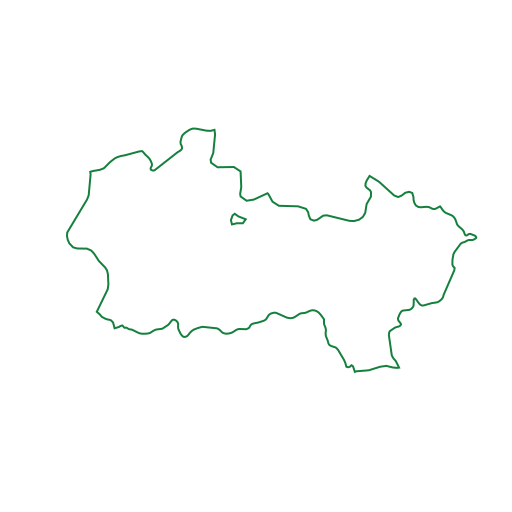 the Province of Potenza, rotated 298°
{"feature_id": "ITA-5390", "entity_name": "Potenza", "entity_type": "Province", "adm_level": 1, "iso_a3": "ITA", "parent_name": "Italy", "parent_adm1": "", "projection": "robinson", "projection_center": [15.898, 40.519], "detail": "fine", "context": "isolated", "style": "outline", "palette": "green", "viewbox_px": 512, "rotation_deg": 298, "n_neighbors": 0, "source": "natural_earth", "source_scale": "10m", "svg_char_len": 4840}
<svg xmlns="http://www.w3.org/2000/svg" viewBox="0 0 512 512"><g transform="rotate(298 256 256)"><path d="M224.6,434.7L223.5,433.2L221.7,428.9L220.2,422.7L216.5,417.6L208.0,409.2L201.3,398.7L200.1,397.7L204.1,393.5L204.4,391.7L203.7,391.3L202.8,391.1L202.1,390.7L201.3,390.0L200.7,388.5L200.8,387.6L203.3,385.3L205.5,382.6L211.6,372.6L212.5,370.2L212.6,369.0L211.9,365.2L211.8,363.1L212.2,361.9L212.8,361.0L214.9,359.1L217.5,356.0L218.4,355.1L219.2,354.5L221.1,353.4L223.1,352.7L224.3,351.9L225.5,350.8L227.4,348.5L228.9,347.4L232.0,345.8L234.3,341.2L235.3,338.5L235.6,337.4L235.7,336.1L235.7,334.8L235.4,333.1L234.9,332.0L234.4,331.0L233.1,329.5L229.8,327.0L229.1,326.3L228.4,325.5L226.8,323.0L226.1,322.3L225.3,321.6L220.5,319.0L218.8,317.7L218.1,316.9L217.5,316.1L216.7,314.3L216.1,312.2L215.3,301.0L214.9,299.3L213.7,297.7L212.3,296.3L211.4,295.7L210.5,295.2L209.3,294.9L205.6,294.7L204.4,294.4L203.4,293.9L202.5,293.3L198.2,289.1L195.7,286.0L194.3,284.6L193.3,284.0L192.2,283.7L190.9,283.6L189.7,283.7L188.3,283.0L186.7,281.6L183.8,275.7L182.8,274.3L181.2,273.1L178.2,271.5L176.6,270.3L175.6,269.3L174.7,268.2L173.4,266.2L172.9,264.7L172.6,263.3L172.7,262.3L172.8,261.4L173.6,259.0L173.9,256.9L173.8,255.5L168.4,242.1L167.8,241.3L165.0,238.4L161.8,235.6L159.9,234.6L157.6,233.8L154.7,233.3L153.2,232.9L151.6,231.8L150.9,230.8L150.6,229.8L150.7,229.1L151.0,228.1L151.3,227.2L152.0,225.8L154.9,221.9L155.7,221.2L156.6,220.6L159.4,219.2L160.3,218.4L161.0,217.3L161.5,215.3L161.4,214.0L161.0,212.9L160.2,212.2L159.1,211.8L155.0,211.1L153.8,210.7L148.1,207.6L147.4,206.9L144.6,202.9L143.9,202.1L142.3,200.8L138.4,198.6L137.3,197.5L136.1,195.9L134.2,192.6L133.4,190.6L133.0,188.9L132.7,180.8L131.8,178.5L131.8,176.8L131.9,175.5L131.6,174.6L130.9,173.6L131.1,172.7L131.5,171.9L131.9,170.7L131.4,170.0L130.3,169.0L129.2,168.5L125.8,165.1L130.2,161.0L131.1,158.2L131.0,157.0L130.2,154.4L129.9,152.5L129.9,148.5L131.1,145.5L132.0,141.6L157.0,140.7L161.6,139.0L170.1,134.0L173.3,131.3L175.1,128.1L177.8,119.7L182.1,111.9L183.5,107.9L183.1,103.2L178.7,94.6L177.8,90.4L179.5,85.3L181.9,82.2L184.8,79.8L188.1,78.3L226.6,80.3L231.0,79.8L250.3,71.7L252.5,70.1L254.3,71.9L258.8,77.7L261.8,80.3L262.9,80.8L270.3,83.0L275.9,85.5L278.1,87.1L280.8,89.7L283.4,93.0L293.5,103.8L295.1,106.1L294.9,107.2L293.4,111.1L292.7,113.9L291.9,116.2L291.4,117.1L290.2,118.9L288.9,120.4L288.2,121.0L287.5,121.4L286.9,121.6L286.0,121.7L284.9,121.6L283.7,121.9L282.9,122.6L282.9,124.4L283.4,125.5L284.3,126.3L310.7,138.0L313.4,139.6L314.5,140.0L315.7,140.2L316.7,140.0L317.5,139.4L318.3,138.7L319.5,137.0L320.3,136.4L321.2,135.8L322.2,135.5L326.7,134.4L328.0,134.4L329.9,134.9L332.1,135.8L335.8,137.8L337.5,139.1L338.7,140.2L339.7,142.0L340.5,143.9L343.4,153.4L345.2,157.2L347.9,160.1L344.1,162.8L326.9,169.9L319.8,170.7L317.3,172.5L316.3,180.4L324.2,194.7L323.4,202.7L310.0,210.6L303.3,212.9L301.3,214.5L300.4,221.8L304.8,227.6L316.8,236.7L316.3,238.1L311.7,245.1L311.1,252.7L319.6,269.8L321.1,278.0L319.3,281.3L316.3,283.9L314.0,286.7L314.4,290.6L316.8,293.1L323.2,296.4L325.2,299.5L330.9,322.0L332.9,326.2L336.5,330.0L340.7,332.0L345.3,332.2L353.8,329.3L362.3,329.6L366.4,327.6L367.5,325.9L368.3,321.4L369.3,319.7L371.4,318.7L374.5,318.3L380.0,318.7L379.3,329.8L374.3,349.6L374.8,353.9L377.9,356.3L381.9,358.1L384.6,361.1L385.0,364.4L381.9,367.4L379.6,368.7L377.3,370.8L375.7,373.4L375.5,376.4L376.5,378.8L379.4,383.3L380.4,385.8L380.5,389.6L381.0,391.0L381.9,392.3L386.2,395.2L385.5,396.9L384.3,399.0L383.5,401.2L383.3,402.3L383.2,403.5L383.7,409.2L383.7,410.4L383.5,411.6L383.4,411.9L382.5,413.9L381.9,414.8L380.6,416.3L379.2,417.8L378.5,418.5L377.9,419.5L377.2,421.6L376.4,425.3L376.0,426.4L375.5,427.4L374.9,428.3L373.5,429.8L372.9,430.6L372.7,431.5L373.0,432.3L373.8,432.9L374.8,433.3L375.6,433.9L376.1,434.8L376.3,435.9L376.7,439.3L376.6,440.5L376.1,441.5L375.3,441.9L373.4,441.0L372.3,440.2L371.4,439.2L370.6,437.4L370.1,436.5L369.4,435.8L368.6,435.1L366.8,434.0L366.0,433.3L364.6,431.9L363.7,431.3L362.6,430.9L352.6,429.4L350.2,429.5L345.0,431.2L340.7,433.4L340.0,434.1L339.4,434.9L338.7,437.0L336.4,437.8L309.9,439.9L307.7,440.4L306.2,440.4L304.6,440.1L302.2,439.1L300.8,438.3L299.9,437.4L296.9,433.3L291.3,427.5L290.7,426.7L290.2,425.8L290.1,424.7L290.2,423.5L291.1,421.3L293.0,417.4L293.3,416.4L292.8,415.8L291.5,415.8L286.9,418.1L285.2,418.6L283.1,418.2L281.8,417.7L280.8,417.0L280.1,416.2L276.9,411.5L276.5,411.1L275.6,410.5L274.2,410.2L271.9,410.1L267.8,410.6L266.7,411.2L265.8,412.1L264.4,415.4L263.6,416.2L262.1,416.0L261.1,415.4L260.3,414.7L259.7,413.9L258.2,412.5L257.2,411.9L252.4,409.4L250.7,409.6L248.2,410.7L232.2,422.4L231.3,423.5L230.1,425.4L228.9,428.7L225.2,433.9L224.6,434.7ZM283.6,229.7L282.7,221.9L283.3,217.4L280.8,216.3L275.9,217.0L272.6,220.0L275.9,223.7L278.7,229.0L283.6,229.7Z" fill="none" stroke="#15803d" stroke-width="2"/></g></svg>